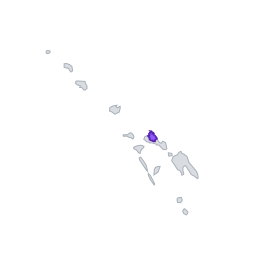 South West Malekula, Malampa, Vanuatu (highlighted), rotated 157°
{"feature_id": "77236927B2761964185252", "entity_name": "South West Malekula", "entity_type": "district", "adm_level": 2, "iso_a3": "VUT", "parent_name": "Vanuatu", "parent_adm1": "Malampa", "projection": "robinson", "projection_center": [167.511, -16.429], "detail": "fine", "context": "in_parent", "style": "filled", "palette": "violet", "viewbox_px": 256, "rotation_deg": 157, "n_neighbors": 0, "source": "geoboundaries", "source_scale": "gbopen_adm2", "svg_char_len": 4956}
<svg xmlns="http://www.w3.org/2000/svg" viewBox="0 0 256 256"><g transform="rotate(157 128 128)"><path d="M87.9,60.4L89.7,70.8L91.8,70.8L92.8,70.2L94.0,67.8L94.6,63.9L95.7,63.4L97.0,63.8L96.4,65.0L96.8,68.1L97.9,69.8L98.6,70.1L100.0,78.1L100.5,79.8L100.4,81.1L97.5,84.1L93.2,84.0L90.2,85.8L88.3,85.7L88.3,83.7L86.7,82.1L84.8,78.6L85.3,72.5L81.9,61.1L81.9,58.3L83.0,54.5L84.1,54.4L85.6,57.5L87.9,60.4ZM106.3,100.3L107.6,101.0L108.3,101.0L108.7,102.5L112.6,105.6L113.7,105.5L114.6,107.2L116.3,108.0L116.7,109.7L117.9,111.4L115.8,113.5L111.8,113.0L109.4,115.4L107.3,114.8L106.9,113.5L107.2,113.1L106.0,109.9L105.4,105.0L104.6,102.2L103.6,100.9L101.7,102.0L101.0,102.2L99.1,99.8L100.0,95.0L100.4,93.7L101.9,93.4L104.2,94.7L106.3,100.3ZM158.9,189.8L157.6,191.4L156.5,191.2L149.4,187.7L149.7,186.2L149.4,182.5L150.2,180.5L152.2,179.7L153.7,180.1L154.6,183.1L156.7,184.3L155.2,185.3L157.8,187.5L158.9,189.8ZM134.6,145.8L137.4,150.3L138.4,150.7L136.8,153.9L133.3,154.2L129.3,153.3L130.8,152.2L130.0,151.0L128.8,150.7L127.4,151.3L126.7,151.1L127.6,149.1L129.9,146.1L130.6,145.9L131.2,145.9L131.8,146.1L134.6,145.8ZM130.6,107.9L127.4,108.2L123.0,107.2L121.3,105.9L120.5,104.5L122.0,103.5L124.2,103.0L126.9,99.9L127.9,101.1L128.9,104.6L130.0,105.6L130.6,106.7L130.6,107.9ZM163.1,208.7L161.7,212.1L159.2,211.3L156.8,208.9L155.6,206.7L156.5,202.6L157.7,201.8L158.9,202.1L159.5,206.1L163.1,208.7ZM128.3,96.4L127.8,96.4L127.4,95.0L125.8,87.3L126.9,80.4L127.5,81.8L129.8,93.9L129.5,95.9L128.3,96.4ZM134.7,121.8L135.5,122.3L135.1,123.6L131.3,122.1L128.2,122.7L127.4,122.6L126.5,121.4L125.8,119.0L126.1,117.3L127.4,116.2L127.9,116.0L128.8,117.4L129.7,118.4L130.6,118.8L132.5,121.2L134.7,121.8ZM120.0,79.5L118.2,81.0L114.8,80.8L113.5,80.0L117.7,75.6L122.5,74.7L120.0,79.5ZM111.0,42.6L109.9,44.2L106.8,43.6L106.0,43.2L106.2,40.6L107.0,39.7L108.9,38.8L111.4,40.1L111.0,42.6ZM108.4,31.4L108.0,31.7L107.4,31.5L105.7,27.7L106.1,26.4L108.2,25.2L110.0,27.3L110.2,28.5L110.2,29.5L109.9,30.4L108.7,30.7L108.4,31.4ZM127.7,76.2L127.2,78.1L126.0,75.9L125.3,66.3L125.6,65.5L126.2,65.4L127.6,72.0L127.7,76.2ZM174.1,229.1L173.1,230.8L171.7,230.8L169.8,229.5L170.1,228.0L172.3,227.7L172.9,227.8L174.1,229.1ZM101.0,88.6L100.5,89.4L97.6,87.4L98.2,85.4L101.4,86.1L101.0,88.6Z" fill="#d9dde1" stroke="#a8b0b8" stroke-width="1"/><path d="M105.6,106.6L105.5,106.8L105.4,106.9L105.4,107.1L105.5,107.1L105.5,107.3L105.5,107.5L105.5,107.9L105.4,108.0L105.3,108.3L105.4,108.2L105.5,108.3L105.6,108.5L105.6,108.8L105.7,109.1L105.8,109.0L106.0,109.1L106.1,109.4L106.1,109.5L106.1,109.8L106.1,110.1L106.1,110.3L106.1,110.5L106.3,110.9L106.4,111.0L106.5,111.1L106.6,111.3L106.8,111.4L106.8,111.5L107.0,111.7L107.1,111.9L107.1,112.0L107.2,112.3L107.2,112.5L107.0,112.8L106.9,112.9L106.9,113.0L107.0,113.0L107.1,112.9L107.2,113.0L107.3,113.1L107.3,113.3L107.5,113.3L107.4,113.4L107.2,113.4L107.0,113.2L106.9,113.1L107.0,113.1L106.9,113.0L106.7,113.0L106.6,112.9L106.4,112.9L106.4,113.1L106.5,113.2L106.5,113.3L106.4,113.5L106.5,113.6L106.5,113.9L106.6,114.0L106.8,114.1L106.9,114.3L107.1,114.4L107.2,114.5L107.3,114.6L107.4,114.8L107.5,114.8L107.7,115.0L107.6,114.9L107.6,115.0L107.8,115.2L107.9,115.3L108.2,115.2L108.3,115.2L108.5,115.2L108.5,115.3L108.4,115.4L108.5,115.4L108.6,115.5L108.4,115.8L108.5,115.8L108.8,115.8L108.8,115.7L108.8,115.4L108.7,115.3L108.8,115.2L109.0,115.2L109.1,115.3L109.2,115.5L109.3,115.7L109.5,115.6L109.7,115.4L109.6,115.2L109.7,115.3L109.8,115.2L109.8,114.9L109.9,114.7L110.0,114.4L110.3,114.4L110.4,114.5L110.5,114.6L110.4,114.7L110.4,114.8L110.5,114.8L110.8,114.6L111.0,114.6L111.1,114.3L111.1,114.1L110.9,114.1L110.8,113.9L110.7,113.9L110.8,113.6L110.9,113.4L111.1,113.4L111.3,113.3L111.3,113.2L111.2,113.0L111.3,113.0L111.3,112.9L111.4,112.7L111.5,112.6L111.7,112.8L111.8,112.9L112.0,113.0L112.3,113.0L112.2,112.9L112.3,112.8L112.2,112.8L112.2,112.7L112.3,112.5L112.3,112.3L112.2,112.3L112.1,112.2L112.2,111.9L112.3,111.9L112.4,111.7L112.4,111.4L112.3,111.2L112.2,110.9L112.3,110.8L112.4,110.7L112.4,110.4L112.3,110.2L112.2,110.2L112.3,110.1L112.2,110.0L112.3,109.8L112.4,109.5L112.3,109.1L112.3,108.8L112.3,108.7L112.2,108.4L112.3,108.4L112.2,108.3L112.1,108.2L112.1,107.9L111.9,107.7L111.7,107.4L111.4,107.4L111.1,107.3L110.9,107.3L110.8,107.2L110.7,107.2L110.4,107.0L110.4,106.9L110.2,106.8L110.2,106.7L110.0,106.4L110.3,106.2L110.2,106.1L110.1,105.9L110.1,106.0L110.0,105.8L109.9,105.7L109.6,105.6L109.4,105.4L109.1,105.3L108.7,105.5L108.5,105.3L108.4,105.4L108.1,105.4L108.1,105.5L108.0,105.4L107.9,105.5L107.7,105.8L107.7,106.1L107.6,106.3L107.5,106.5L107.4,106.6L107.2,106.6L107.3,106.6L107.2,106.7L107.2,106.8L107.0,107.0L107.1,107.3L107.0,107.2L106.9,107.1L106.7,107.0L106.7,106.9L106.6,106.7L106.3,106.7L106.2,106.7L105.9,106.6L105.7,106.6L105.6,106.6ZM107.8,115.9L107.9,116.0L108.0,116.0L108.3,116.2L108.2,116.0L108.2,115.8L108.1,115.7L107.9,115.6L107.7,115.7L107.7,115.8L107.8,115.8L107.8,115.9Z" fill="#8b5cf6" stroke="#5b21b6" stroke-width="1.5"/></g></svg>